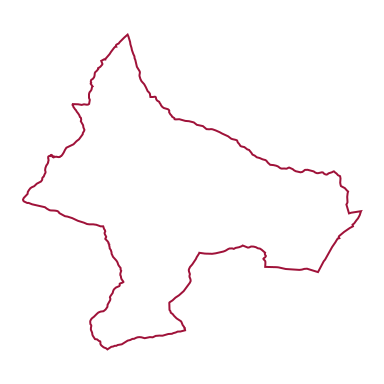 outline of Talea, Prahova, Romania
{"feature_id": "2599482B77158206199320", "entity_name": "Talea", "entity_type": "district", "adm_level": 2, "iso_a3": "ROU", "parent_name": "Romania", "parent_adm1": "Prahova", "projection": "natural_earth1", "projection_center": [25.556, 45.224], "detail": "fine", "context": "isolated", "style": "outline", "palette": "rose", "viewbox_px": 384, "rotation_deg": 0, "n_neighbors": 0, "source": "geoboundaries", "source_scale": "gbopen_adm2", "svg_char_len": 5886}
<svg xmlns="http://www.w3.org/2000/svg" viewBox="0 0 384 384"><path d="M318.0,272.1L323.7,261.3L325.1,259.6L332.2,246.9L335.5,242.1L336.3,240.7L337.6,238.7L339.3,238.2L338.7,237.1L339.1,236.1L344.0,232.0L349.8,228.0L353.0,226.3L352.5,224.7L354.2,223.4L356.5,220.2L358.0,218.4L359.7,215.2L360.9,211.4L361.0,211.2L351.3,212.7L349.0,213.4L346.4,204.5L347.1,203.3L347.5,202.2L347.2,196.9L347.6,193.4L348.1,191.5L347.3,190.9L344.8,188.1L341.0,186.1L340.6,185.0L340.2,182.8L340.5,178.5L340.1,176.2L338.0,175.2L336.6,173.6L334.9,172.3L334.0,171.4L333.5,171.4L332.1,172.2L328.4,173.4L327.5,174.3L326.4,174.6L325.2,174.3L323.8,173.5L323.3,172.7L322.6,172.4L321.9,172.3L318.0,173.2L316.7,173.1L315.2,172.5L313.7,171.4L307.6,169.8L305.1,169.9L304.6,170.1L304.0,170.7L302.4,171.9L300.5,172.3L295.7,171.2L293.9,170.2L292.8,169.2L289.3,167.6L288.5,167.7L287.3,168.4L286.3,168.7L284.3,168.5L281.7,168.6L280.3,168.2L277.9,166.4L276.1,165.7L273.5,165.1L270.2,164.8L267.9,162.7L266.5,160.9L265.5,160.1L262.5,159.3L259.6,158.0L256.8,157.3L254.7,155.6L252.5,154.6L251.3,152.7L249.0,149.9L247.3,149.4L244.4,147.1L241.3,146.4L240.5,146.0L238.9,143.6L237.8,142.5L237.1,140.5L235.8,139.9L232.3,139.1L231.2,138.7L228.1,136.3L222.2,133.6L219.7,132.2L215.6,130.4L212.5,129.3L211.0,129.1L209.2,129.3L206.5,129.1L202.9,126.1L196.8,124.8L193.8,122.4L189.0,121.2L185.3,120.9L179.3,119.2L175.8,119.4L174.6,119.2L174.3,118.1L172.0,116.6L171.6,115.6L170.4,114.4L169.5,112.9L169.1,112.1L169.3,110.8L168.9,110.0L167.9,109.2L163.8,108.0L162.3,106.9L161.1,105.4L160.4,103.9L159.7,103.0L159.2,101.8L157.5,100.8L156.8,100.2L156.2,99.1L155.9,97.6L155.6,97.0L154.9,96.7L152.9,97.0L150.4,97.0L149.9,93.8L149.2,92.6L147.7,91.2L145.8,87.1L144.2,84.2L141.5,81.2L140.4,79.0L139.5,76.0L139.5,75.0L139.9,72.7L139.7,71.4L136.9,66.8L135.3,59.9L134.6,58.3L134.4,56.3L133.3,54.0L131.9,50.0L131.5,47.9L130.4,44.3L130.1,42.0L128.4,36.4L127.6,34.6L124.2,37.6L119.7,42.1L118.6,43.6L117.5,44.0L116.2,44.9L115.9,45.5L115.9,46.2L116.2,46.7L115.0,46.9L114.1,47.8L111.0,51.9L109.6,54.1L105.9,58.4L105.7,58.5L105.4,59.5L105.0,59.5L104.8,59.2L104.3,59.2L101.2,60.9L102.4,63.8L102.3,64.5L100.4,66.7L99.2,67.6L98.2,68.0L98.0,68.5L98.2,69.1L96.6,71.0L95.3,72.1L94.8,73.1L94.5,75.9L94.0,77.4L92.7,79.0L91.3,79.8L90.9,80.9L90.8,81.6L91.2,82.8L90.7,83.3L90.7,83.8L92.6,86.4L92.2,86.6L92.0,87.1L91.5,89.6L90.8,90.8L89.7,92.1L89.4,92.7L89.0,94.1L89.0,97.9L89.8,99.9L89.1,103.9L88.0,104.6L86.7,104.7L84.0,104.3L81.7,104.9L78.2,104.3L72.8,104.1L72.5,104.9L73.2,106.0L73.5,107.1L74.5,108.4L75.1,109.4L75.9,110.1L76.7,111.6L78.2,113.5L79.4,115.4L79.9,117.0L80.8,117.7L81.0,118.3L81.2,119.9L80.8,121.2L83.1,125.2L83.4,127.4L84.4,129.8L84.2,130.7L82.8,133.2L82.7,134.3L79.0,139.3L76.5,141.2L73.5,144.3L66.4,147.7L65.0,149.9L63.8,152.4L62.5,154.5L61.3,156.0L60.4,156.3L59.8,157.0L58.4,157.1L56.2,156.7L54.8,156.9L54.1,156.5L53.7,157.2L53.1,156.9L53.5,157.2L53.4,157.3L52.7,157.0L52.5,156.0L52.1,155.3L51.2,154.9L50.9,155.0L51.1,155.8L50.8,156.1L49.2,156.0L48.3,156.6L48.1,158.1L48.4,158.7L48.4,159.5L48.6,160.0L48.5,160.6L48.3,161.1L48.2,162.1L48.0,162.3L48.0,162.9L47.0,164.7L46.4,165.3L45.4,168.0L45.1,170.2L45.5,171.6L45.5,172.7L44.6,174.3L43.7,176.6L42.9,177.2L42.3,178.1L42.2,179.7L42.0,180.1L41.0,181.5L36.8,183.7L34.2,186.2L31.9,187.2L30.4,188.2L29.0,190.0L27.8,192.0L27.6,193.9L23.8,197.9L23.0,199.6L23.3,200.7L24.1,201.5L27.3,203.0L28.6,202.9L32.1,204.3L44.9,207.2L46.9,208.7L49.4,210.1L50.4,210.4L54.8,210.6L56.7,210.9L57.7,211.2L59.1,212.5L59.3,213.1L65.0,216.2L67.5,216.6L72.2,218.1L77.9,220.8L84.0,222.7L87.0,224.0L89.1,224.3L93.0,224.3L95.0,224.6L96.4,224.8L100.5,226.3L103.2,226.3L104.0,228.8L105.0,230.4L105.2,231.2L105.2,231.7L104.7,232.4L104.6,233.4L104.8,234.1L106.2,236.8L106.0,237.6L105.4,238.3L105.3,238.9L107.6,241.3L108.5,242.6L108.5,243.6L109.3,244.4L109.2,245.7L109.6,247.0L109.7,248.4L110.8,250.0L111.5,252.2L111.6,253.8L112.3,255.2L113.0,256.8L116.4,260.6L117.5,262.4L118.2,264.6L118.9,265.8L120.6,268.0L120.6,269.7L121.2,270.8L120.4,273.3L120.3,275.0L120.9,276.3L121.0,277.4L121.5,279.1L123.3,281.6L123.4,282.0L122.6,282.6L120.2,283.4L119.7,283.8L119.7,285.4L119.3,286.1L116.0,287.5L114.3,289.0L113.7,289.8L113.1,291.2L112.7,292.9L110.2,296.5L109.9,297.3L110.4,298.9L110.1,300.3L107.6,304.7L107.4,306.9L105.6,309.5L103.5,311.2L100.6,311.6L98.4,312.5L96.9,313.8L93.8,316.9L92.3,318.0L91.2,319.2L90.4,320.7L90.2,321.7L90.4,324.1L91.2,325.2L91.3,325.9L90.9,328.0L90.9,329.8L92.1,332.6L92.4,334.7L92.8,335.7L95.0,339.1L97.1,339.4L98.9,340.9L100.2,341.4L100.4,342.2L100.4,343.7L100.7,344.6L101.4,345.5L103.6,347.3L106.3,348.4L107.4,349.4L111.3,346.8L113.2,346.5L114.7,345.8L116.3,345.8L117.7,345.0L121.8,344.3L127.7,340.6L130.2,340.0L132.4,338.9L134.1,338.8L136.1,337.8L137.6,337.3L139.4,337.1L141.4,337.3L144.7,338.2L149.9,337.1L152.7,337.3L155.7,335.9L159.3,335.6L162.5,335.7L168.3,334.0L171.9,333.8L173.4,333.1L175.7,332.5L177.6,331.6L180.4,331.5L185.1,330.3L184.8,328.3L184.5,328.4L184.0,326.8L182.7,325.1L181.5,322.1L180.9,321.2L176.6,318.4L174.1,315.9L172.7,314.1L170.8,312.7L170.4,311.2L169.5,309.9L169.3,302.8L169.6,302.3L172.5,300.4L175.5,297.6L179.0,295.3L183.7,291.1L189.9,282.7L190.6,281.1L190.6,280.1L190.3,278.8L189.5,276.9L189.5,275.7L189.9,274.1L189.0,271.5L188.8,270.3L188.9,269.4L190.0,267.0L192.3,264.4L195.9,259.0L196.7,257.2L199.2,253.3L199.3,252.8L205.0,253.6L212.2,253.8L215.7,253.3L223.5,251.5L225.5,250.7L228.1,249.1L229.5,248.5L232.2,248.4L233.8,248.9L235.6,247.9L239.1,247.2L241.7,246.2L242.7,245.5L247.9,247.6L249.2,247.4L251.1,246.5L253.6,246.6L255.9,247.2L257.9,248.3L259.9,248.6L261.6,249.7L265.1,252.7L264.8,253.5L264.9,254.2L265.1,254.9L265.8,255.7L265.8,256.3L265.2,257.2L263.9,258.2L263.4,258.8L263.6,259.3L264.8,260.5L265.3,261.3L265.4,262.8L265.2,266.9L276.9,267.2L278.6,267.4L285.7,269.0L299.5,269.9L301.9,269.6L304.3,268.9L307.0,268.7L318.0,272.1Z" fill="none" stroke="#9f1239" stroke-width="2"/></svg>